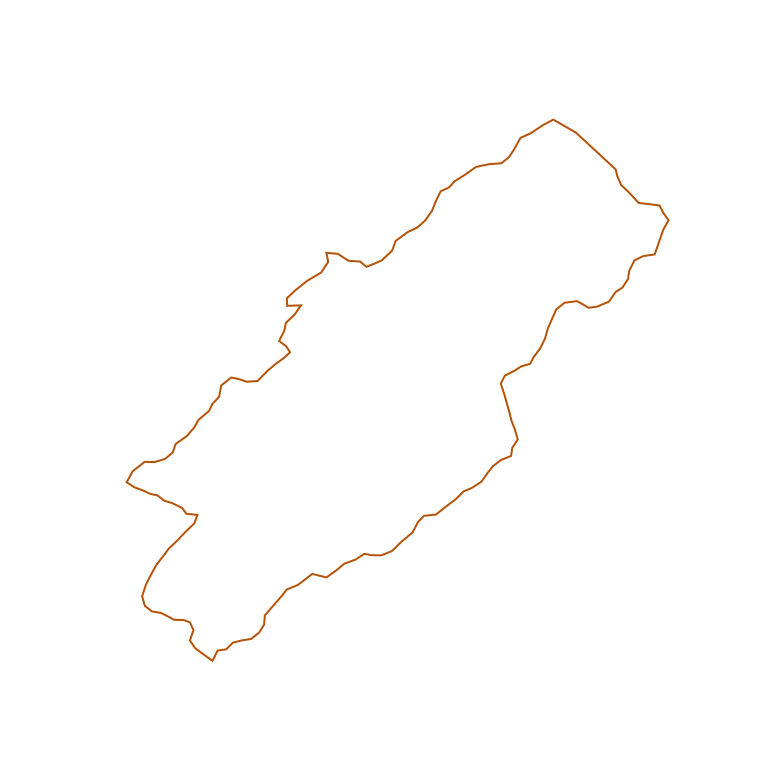 Pomerode, Santa Catarina, Brazil (Equal Earth projection), rotated 230°
{"feature_id": "56859067B15210234936613", "entity_name": "Pomerode", "entity_type": "district", "adm_level": 2, "iso_a3": "BRA", "parent_name": "Brazil", "parent_adm1": "Santa Catarina", "projection": "equal_earth", "projection_center": [-49.174, -26.727], "detail": "fine", "context": "isolated", "style": "outline", "palette": "amber", "viewbox_px": 768, "rotation_deg": 230, "n_neighbors": 0, "source": "geoboundaries", "source_scale": "gbopen_adm2", "svg_char_len": 2176}
<svg xmlns="http://www.w3.org/2000/svg" viewBox="0 0 768 768"><g transform="rotate(230 384 384)"><path d="M326.5,707.2L335.8,708.0L343.6,709.8L350.0,704.0L359.1,695.4L372.3,694.9L384.1,693.6L393.2,696.3L399.5,699.4L453.2,692.6L477.7,683.6L480.1,672.4L481.8,657.7L484.8,646.8L480.3,635.0L477.4,625.5L477.7,615.7L484.8,605.9L491.1,594.1L492.2,581.0L493.9,568.5L492.8,560.3L495.2,551.3L490.8,541.5L485.7,531.8L482.8,520.6L482.5,510.2L485.2,499.5L486.1,484.9L481.0,476.0L480.1,462.1L482.5,453.5L485.1,445.8L493.2,444.4L501.2,436.0L513.4,432.3L521.5,424.2L513.4,419.8L509.8,407.5L512.4,391.4L512.8,376.5L512.1,364.7L506.1,360.1L497.6,371.0L494.6,359.8L493.9,348.2L488.8,341.7L484.4,331.3L475.6,333.3L468.6,332.4L468.3,323.2L469.0,314.3L469.0,303.9L467.6,289.0L473.9,280.4L481.7,275.5L487.2,271.1L487.5,258.4L480.1,249.3L479.1,240.0L475.8,232.6L475.8,218.8L472.6,210.5L470.9,199.4L472.0,185.9L467.4,178.2L467.3,168.2L471.7,158.0L478.2,150.6L478.7,135.3L474.1,123.7L465.3,126.4L457.6,130.8L449.8,134.5L444.4,138.8L435.6,140.8L428.9,145.2L418.8,149.7L411.7,149.2L403.6,156.9L399.2,149.2L398.2,135.7L396.9,124.4L396.2,113.2L393.9,103.4L391.8,93.5L387.0,81.2L383.3,72.6L376.9,62.3L367.8,58.2L359.0,60.0L352.1,65.9L346.0,68.6L338.2,71.7L331.9,78.9L326.1,82.1L317.9,79.8L312.3,70.5L303.2,69.5L294.0,71.7L282.2,74.6L286.7,85.3L282.2,92.5L283.0,102.0L278.8,110.6L274.2,118.1L273.8,128.5L276.8,137.6L283.3,143.9L285.4,156.6L287.3,169.1L289.1,177.3L285.4,189.1L284.6,207.0L272.8,215.6L271.9,227.4L271.9,238.1L267.8,249.3L266.5,259.9L261.1,264.2L254.4,271.8L250.9,282.7L252.0,296.2L251.9,310.3L256.4,321.5L257.3,329.9L250.6,339.9L250.2,354.5L249.6,364.3L250.6,376.1L247.9,384.5L246.5,395.9L249.3,406.1L251.0,414.7L250.6,424.7L247.2,435.1L252.6,441.2L255.6,450.9L265.7,455.3L273.6,457.9L281.3,461.6L289.4,465.3L299.2,469.7L309.2,473.7L312.7,482.0L310.4,492.1L309.3,500.4L305.5,509.0L308.5,516.2L310.9,526.6L315.4,536.7L321.1,545.0L326.1,555.0L330.4,563.9L330.2,574.6L323.5,585.0L317.1,587.6L311.0,589.6L306.2,597.1L302.5,609.4L305.6,620.6L304.6,628.7L307.6,638.5L313.0,644.5L317.7,655.2L315.4,664.7L309.3,674.7L322.7,697.1L326.5,707.2Z" fill="none" stroke="#b45309" stroke-width="2"/></g></svg>